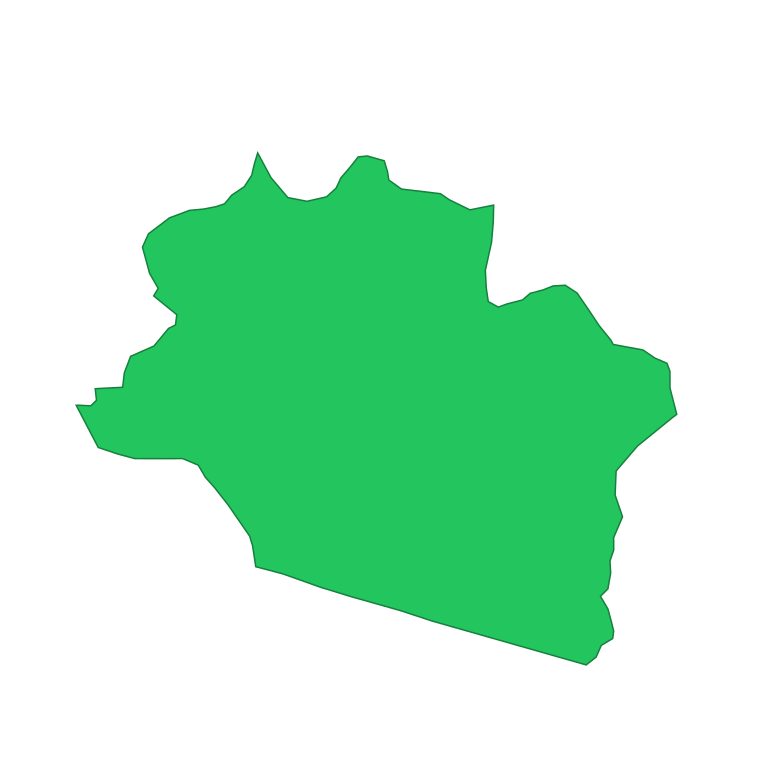 the district of Djerem, Adamaoua, Cameroon, rotated 16°
{"feature_id": "32672807B72380332498823", "entity_name": "Djerem", "entity_type": "district", "adm_level": 2, "iso_a3": "CMR", "parent_name": "Cameroon", "parent_adm1": "Adamaoua", "projection": "orthographic", "projection_center": [12.686, 6.508], "detail": "fine", "context": "isolated", "style": "filled", "palette": "green", "viewbox_px": 768, "rotation_deg": 16, "n_neighbors": 0, "source": "geoboundaries", "source_scale": "gbopen_adm2", "svg_char_len": 1464}
<svg xmlns="http://www.w3.org/2000/svg" viewBox="0 0 768 768"><g transform="rotate(16 384 384)"><path d="M655.8,598.3L663.2,588.0L664.9,575.4L674.0,565.6L672.9,558.2L671.1,555.1L668.3,550.2L661.4,538.7L650.6,528.4L655.7,519.2L654.0,503.2L650.0,491.8L650.6,480.3L647.1,468.3L649.9,445.9L636.8,427.1L631.1,403.6L644.8,373.7L670.3,337.1L672.5,334.2L673.8,332.5L660.0,309.0L655.4,293.0L650.3,286.1L637.2,284.4L623.6,279.9L593.4,282.8L590.0,279.3L574.6,268.5L559.8,255.9L544.5,243.3L531.0,239.1L519.4,243.2L511.0,249.7L499.6,256.5L493.9,265.1L485.0,270.3L480.2,273.1L472.7,278.6L461.5,276.0L455.8,263.4L450.1,246.8L448.3,218.1L444.4,198.1L440.1,181.8L418.6,192.9L396.0,188.9L385.8,185.5L347.1,191.8L332.4,186.6L329.0,179.2L322.7,169.4L305.1,169.4L296.6,172.8L291.4,185.5L285.7,197.8L284.0,208.9L277.2,219.9L259.6,229.6L240.2,231.3L218.6,216.9L198.9,196.7L198.7,207.7L199.3,219.8L195.3,232.9L187.2,242.5L185.6,244.4L181.1,254.7L173.7,259.8L162.3,265.6L149.2,270.7L132.1,283.3L116.2,304.5L114.1,319.0L128.2,342.3L140.6,354.3L138.3,362.8L165.7,374.5L167.3,384.7L161.6,389.9L152.4,410.9L132.8,427.2L131.3,444.9L133.7,459.2L122.0,463.2L107.7,468.1L112.1,478.9L108.2,485.8L97.0,488.4L94.0,489.3L126.8,523.8L147.3,524.7L165.0,524.4L192.8,516.5L211.0,511.2L227.8,513.2L238.1,523.0L249.8,530.4L267.5,543.2L296.8,567.3L302.3,575.8L311.1,595.0L338.8,594.4L379.2,596.9L411.4,597.5L461.6,597.3L495.7,598.6L655.8,598.3Z" fill="#22c55e" stroke="#15803d" stroke-width="1.5"/></g></svg>